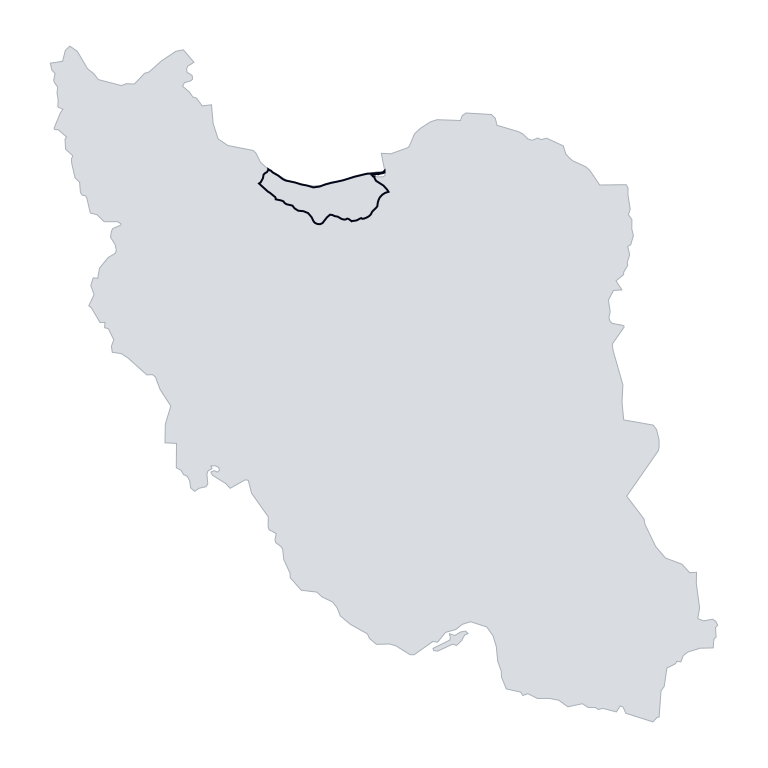 Mazandaran on a map of Iran (Equal Earth projection)
{"feature_id": "IRN-3214", "entity_name": "Mazandaran", "entity_type": "Province", "adm_level": 1, "iso_a3": "IRN", "parent_name": "Iran", "parent_adm1": "", "projection": "equal_earth", "projection_center": [52.513, 36.378], "detail": "fine", "context": "in_parent", "style": "outline", "palette": "ink", "viewbox_px": 768, "rotation_deg": 0, "n_neighbors": 0, "source": "natural_earth", "source_scale": "10m", "svg_char_len": 5069}
<svg xmlns="http://www.w3.org/2000/svg" viewBox="0 0 768 768"><path d="M381.3,153.3L390.7,153.8L407.8,147.7L409.3,146.3L414.4,134.0L420.3,128.4L430.5,121.8L437.1,119.7L460.5,120.5L462.2,115.6L466.0,113.0L491.4,114.5L495.3,118.3L497.0,125.3L518.3,131.6L522.7,133.8L528.0,139.0L532.2,140.3L537.7,138.0L541.1,139.6L546.6,138.2L563.3,145.9L565.7,153.8L568.8,157.4L572.5,160.7L585.8,166.8L589.8,170.4L599.7,185.0L626.1,184.7L628.0,187.9L627.9,194.2L630.2,209.2L628.4,214.7L631.9,219.6L631.8,229.0L633.4,235.6L630.7,244.7L627.7,246.5L629.7,254.6L627.2,262.5L627.7,265.5L623.7,272.1L623.6,274.6L616.0,280.8L621.9,289.9L613.5,290.4L608.4,300.1L610.2,311.7L608.9,317.6L609.9,321.0L612.2,323.3L623.7,325.6L624.1,327.1L612.3,344.0L613.1,350.6L622.9,384.9L622.0,402.2L623.7,419.9L653.1,425.1L656.6,429.6L659.0,439.5L659.1,447.0L658.3,450.7L626.7,496.2L644.0,519.0L644.9,524.1L655.6,546.4L665.4,558.0L681.9,564.2L689.7,572.7L696.5,572.3L696.3,583.7L699.6,607.6L697.8,618.6L703.7,620.9L712.6,619.2L715.8,621.4L717.7,625.3L715.5,627.5L716.1,637.0L713.9,639.0L713.2,647.9L700.0,648.2L687.7,652.1L683.3,655.5L680.8,661.9L676.8,661.3L675.5,663.7L666.9,668.1L664.2,686.4L661.0,690.8L659.1,717.1L657.1,717.4L652.9,721.9L625.9,713.3L623.0,707.0L620.2,705.9L616.4,711.9L602.9,708.4L598.3,709.5L595.5,707.6L588.2,707.5L582.4,703.7L567.8,706.8L558.8,700.2L549.2,698.4L537.5,698.5L527.9,693.7L522.9,695.5L520.6,692.1L506.3,688.9L501.5,677.1L501.3,671.3L497.7,661.2L496.3,646.5L493.0,635.7L486.8,627.0L470.5,621.7L462.1,624.4L455.9,629.5L445.6,632.3L437.6,642.2L433.0,641.4L414.0,654.8L409.9,654.6L395.7,645.7L389.4,644.0L376.4,644.3L369.3,638.3L367.5,633.9L350.6,624.5L340.3,615.9L337.1,607.8L332.6,602.0L322.5,597.2L316.8,592.1L301.2,590.2L290.2,577.6L290.1,573.4L283.8,559.6L282.7,549.5L281.3,546.8L275.8,542.7L275.0,540.0L276.2,533.6L269.1,529.7L268.1,526.6L268.3,516.8L251.6,493.3L248.3,480.3L245.2,479.8L230.1,488.3L225.7,483.5L212.6,475.3L210.8,472.1L214.2,470.6L217.4,472.1L219.5,470.3L218.7,467.5L215.4,465.8L210.9,465.9L212.1,468.5L207.9,471.0L206.9,474.3L207.8,484.0L206.0,486.7L199.0,488.3L194.6,491.4L190.7,487.9L189.7,480.8L187.3,476.3L183.6,474.6L180.9,470.1L176.3,467.8L176.5,443.4L165.0,442.8L165.3,424.3L170.8,406.0L160.1,389.5L155.4,376.9L152.5,374.6L146.8,374.9L128.0,358.0L121.4,353.6L112.3,352.3L111.4,346.3L113.8,339.8L109.6,331.2L108.3,328.7L104.6,327.7L105.0,322.3L100.1,322.6L91.4,307.9L88.8,305.8L94.1,294.6L90.8,285.5L93.2,277.9L97.8,278.3L99.5,268.1L108.1,257.6L115.5,253.1L116.3,250.0L115.0,244.3L110.5,237.3L111.4,231.3L112.9,228.4L120.7,225.2L121.1,223.9L117.5,221.7L104.2,221.7L97.0,214.7L90.3,213.0L86.7,197.6L85.5,195.8L82.3,195.2L80.4,192.4L79.6,182.2L75.0,177.7L71.6,162.7L71.5,159.0L72.8,155.7L65.6,149.2L65.0,139.3L66.6,137.0L58.3,129.8L54.5,129.4L54.1,128.2L60.4,112.8L62.9,109.3L57.9,107.0L58.1,99.4L57.0,93.1L57.7,87.1L54.5,82.7L53.7,80.1L55.1,73.5L51.9,70.2L50.3,63.2L62.6,61.3L65.3,50.5L69.8,46.1L77.3,51.3L87.5,68.7L93.8,73.7L98.4,79.6L121.4,85.6L126.4,83.7L134.3,84.1L144.6,73.3L149.2,71.9L161.1,61.2L175.8,51.3L183.3,49.8L194.0,62.3L187.7,66.1L186.5,69.2L187.2,72.3L192.1,75.5L192.6,79.0L190.9,80.8L184.4,82.7L182.6,86.3L189.4,92.0L192.7,96.9L196.5,98.1L202.2,105.9L211.5,104.8L213.1,123.4L218.1,138.9L227.8,145.5L253.4,150.5L256.2,153.5L260.3,162.0L266.9,168.1L286.6,180.2L308.4,186.0L323.0,185.7L376.5,171.8L381.5,171.8L373.5,175.3L376.5,176.8L383.4,176.8L384.9,175.4L385.2,173.1L381.3,153.3ZM464.7,635.0L461.5,640.7L456.5,645.5L452.7,644.1L437.7,651.1L433.7,650.6L433.0,648.4L449.6,640.2L450.4,638.0L449.4,633.7L454.7,635.5L460.6,632.0L465.6,631.1L468.0,633.5L464.7,635.0Z" fill="#d9dde1" stroke="#a8b0b8" stroke-width="1"/><path d="M268.3,169.2L269.9,170.4L270.6,170.5L271.1,170.8L272.1,171.9L272.6,172.4L277.9,175.4L282.8,179.1L285.6,180.5L295.1,182.5L301.1,184.4L307.4,185.6L313.4,187.4L319.7,186.5L325.3,184.4L331.1,182.8L337.2,181.6L343.0,180.3L348.8,178.5L354.4,176.7L365.6,174.0L367.1,173.7L380.5,172.9L382.9,172.3L384.5,170.8L384.5,172.5L382.6,173.2L380.2,173.6L378.6,174.1L378.2,174.3L377.7,174.2L376.8,173.9L376.3,174.0L375.3,174.4L374.8,174.5L372.8,174.2L371.1,174.2L371.4,174.7L371.8,174.9L373.0,174.8L372.3,175.1L372.0,175.1L372.8,176.3L374.2,176.9L374.4,176.9L374.4,177.5L374.8,178.6L376.0,180.8L383.5,185.6L387.1,189.6L388.5,191.8L385.1,192.9L382.3,194.7L379.8,197.4L378.6,199.9L377.8,202.6L377.3,206.3L376.0,207.9L372.5,211.3L371.7,212.5L371.3,213.6L370.5,214.8L369.0,216.2L366.6,217.6L364.0,218.6L362.3,218.8L361.2,218.1L359.5,218.8L357.3,220.1L355.7,220.6L352.2,221.0L351.7,221.3L348.7,219.0L347.2,218.6L346.1,219.3L344.3,219.6L341.7,219.0L337.8,216.7L334.7,216.1L332.3,215.0L330.0,214.7L326.9,217.4L322.5,223.1L320.1,224.2L317.4,224.0L315.8,223.3L314.7,222.7L313.5,221.2L311.6,217.2L308.1,213.1L303.5,211.2L298.2,210.7L294.6,208.4L292.4,205.6L286.8,204.3L285.4,203.6L284.1,202.4L283.5,201.4L281.3,200.5L275.7,199.3L275.7,198.4L275.3,197.2L269.8,192.7L267.9,191.6L259.0,183.5L260.7,182.3L262.9,178.3L263.6,174.6L265.0,173.2L266.8,172.2L268.0,170.5L268.3,169.3L268.3,169.2Z" fill="none" stroke="#020617" stroke-width="2"/></svg>